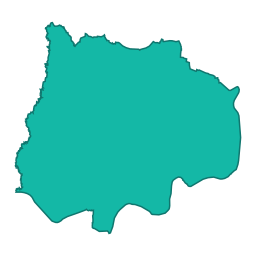 Prasat, Surin, Thailand (Equal Earth projection)
{"feature_id": "78962969B37601114893019", "entity_name": "Prasat", "entity_type": "district", "adm_level": 2, "iso_a3": "THA", "parent_name": "Thailand", "parent_adm1": "Surin", "projection": "equal_earth", "projection_center": [103.326, 14.629], "detail": "fine", "context": "isolated", "style": "filled", "palette": "teal", "viewbox_px": 256, "rotation_deg": 0, "n_neighbors": 0, "source": "geoboundaries", "source_scale": "gbopen_adm2", "svg_char_len": 5530}
<svg xmlns="http://www.w3.org/2000/svg" viewBox="0 0 256 256"><path d="M16.1,192.1L21.1,192.1L24.2,192.6L27.4,193.6L30.2,195.2L32.2,197.4L34.6,201.9L51.0,220.0L52.1,221.1L55.5,222.4L57.3,222.5L58.9,222.0L61.2,220.6L62.6,219.1L67.5,216.5L78.6,212.6L85.5,210.0L86.4,209.3L87.3,210.2L88.5,210.7L89.8,210.2L90.9,210.7L91.5,210.2L91.9,210.6L92.3,210.3L93.0,210.8L93.4,210.5L93.3,214.4L92.7,215.7L93.0,219.6L92.9,222.7L92.3,222.9L92.5,224.1L92.3,225.0L92.4,227.5L93.3,228.3L94.5,228.5L99.3,231.4L107.4,231.0L108.5,232.1L109.0,233.4L110.4,232.9L112.7,226.7L114.4,218.1L117.7,212.2L119.9,209.7L125.5,204.8L127.0,204.1L128.6,203.6L130.1,203.6L132.1,204.3L135.1,204.5L141.3,206.6L149.2,211.2L150.1,212.0L151.5,214.0L152.3,214.4L158.9,214.8L165.2,213.1L167.8,210.6L169.1,209.0L169.4,207.9L169.7,205.8L169.6,199.0L171.0,193.7L171.5,185.8L172.2,181.9L173.3,180.1L176.3,178.0L178.5,177.0L180.8,177.4L182.7,179.1L182.8,180.1L183.3,180.2L185.4,183.1L187.1,184.1L187.0,184.3L187.6,184.8L188.0,185.7L188.8,186.2L189.7,186.4L190.8,186.4L203.1,179.2L208.0,177.7L213.7,177.1L220.2,179.0L221.9,179.0L224.7,178.4L228.2,176.6L230.5,174.0L231.0,174.0L231.1,173.6L234.3,170.7L236.2,169.5L237.9,164.4L238.6,160.3L240.6,137.6L238.9,115.8L237.8,112.7L234.2,108.0L233.6,105.7L233.5,103.0L234.3,100.3L238.5,93.0L239.0,91.7L239.2,89.5L238.4,87.4L237.6,86.7L236.5,87.0L230.5,90.4L229.0,90.3L220.4,82.6L219.1,82.9L218.7,79.9L218.0,79.6L217.7,77.8L215.1,78.1L214.9,76.5L212.9,75.3L209.3,74.4L208.1,73.5L205.7,73.0L199.1,70.0L198.3,70.4L196.8,69.6L196.5,70.9L196.1,71.3L190.1,68.9L189.4,65.1L189.3,62.6L186.3,61.6L186.6,58.9L184.1,58.3L183.2,57.5L180.5,57.3L180.6,53.6L181.0,50.3L181.4,50.2L181.4,49.0L181.2,49.0L181.1,46.4L180.8,46.1L180.5,44.5L178.8,41.0L176.0,41.7L172.2,40.8L169.8,40.7L163.6,41.6L163.2,41.5L162.8,39.6L161.6,39.2L160.8,41.1L160.1,41.6L160.1,42.6L159.6,42.8L159.5,43.3L157.4,42.6L155.2,42.7L153.3,41.6L149.4,46.1L145.9,48.0L140.7,49.4L139.7,50.1L138.8,49.3L130.1,48.9L126.1,47.7L122.6,45.9L119.4,43.0L118.0,42.4L117.1,42.6L115.7,42.2L115.3,43.9L114.4,43.6L113.5,44.0L112.4,43.0L112.1,43.7L109.4,42.3L108.8,41.3L108.9,40.8L107.4,40.4L106.9,40.6L106.4,39.3L105.5,38.7L105.4,37.8L104.7,37.0L104.7,35.6L104.4,34.9L103.5,35.8L101.2,36.8L97.4,36.3L97.1,37.1L93.8,37.0L93.0,37.7L90.7,36.6L88.6,36.3L86.6,34.1L85.4,33.6L85.1,36.4L80.8,38.1L80.2,39.5L80.2,41.0L79.7,41.3L79.9,42.0L78.4,42.4L77.3,43.7L76.0,44.7L75.9,45.1L75.1,45.3L75.1,45.6L74.7,45.2L74.3,46.0L73.7,45.3L74.0,43.4L73.2,43.0L73.1,42.3L72.4,41.4L71.7,41.3L71.4,40.9L71.5,40.5L71.1,39.9L71.1,37.5L70.9,37.5L70.7,36.7L70.0,36.2L69.8,35.7L69.2,35.5L68.2,34.4L67.9,32.6L66.6,32.6L66.7,32.3L66.0,31.8L66.0,31.0L64.7,29.5L64.3,28.2L63.8,28.2L63.9,27.1L63.5,26.9L63.1,27.2L63.0,26.9L61.8,26.6L61.0,25.6L60.4,25.8L59.7,25.1L57.4,26.1L54.7,26.2L53.7,25.1L52.4,22.6L51.2,22.8L50.5,23.7L50.0,26.4L49.1,26.6L48.9,26.2L49.1,25.4L48.1,25.5L46.4,27.8L45.7,27.8L45.5,28.7L46.6,29.4L46.7,31.2L48.0,33.5L47.8,33.8L47.4,33.6L46.9,34.7L47.2,35.2L46.2,36.3L46.2,37.3L47.1,38.9L47.6,38.7L47.3,37.5L48.0,38.3L48.5,39.1L48.1,40.5L49.8,40.4L50.3,41.2L49.8,42.0L50.0,43.7L49.4,44.2L49.4,47.3L48.9,46.5L47.2,46.6L47.4,47.1L49.1,48.5L49.9,50.3L49.3,51.1L48.9,50.3L48.5,50.7L48.9,51.4L48.9,52.2L49.4,52.9L48.1,57.4L48.1,60.2L47.1,61.6L47.9,64.1L47.8,65.4L47.1,65.5L46.4,64.9L46.4,63.8L46.2,63.6L45.0,64.0L45.8,65.3L45.3,66.5L45.9,67.6L46.7,67.6L46.9,68.5L46.1,70.8L45.7,71.2L46.3,72.7L47.2,72.2L47.4,72.6L46.9,73.5L47.1,74.4L46.7,77.3L45.6,77.8L45.2,79.8L45.2,81.4L43.4,82.0L43.2,82.6L42.5,87.1L43.1,87.7L42.6,87.7L42.4,88.5L42.1,88.6L42.1,89.2L42.7,89.1L43.0,89.9L40.3,89.4L41.2,91.4L40.9,91.8L40.7,91.8L40.5,92.7L41.0,92.3L41.3,92.6L41.0,94.4L40.4,95.0L41.0,95.2L40.7,96.0L41.3,96.7L41.2,97.1L42.0,97.6L41.1,97.8L40.4,98.9L40.1,98.2L39.8,98.8L38.3,98.9L38.3,99.2L39.1,100.0L38.7,100.3L39.1,101.0L38.6,101.2L39.0,101.8L38.1,102.9L37.6,102.1L37.2,102.3L36.7,101.9L36.5,104.1L35.9,104.8L36.2,105.5L35.2,105.8L34.9,105.5L34.2,106.3L33.6,109.5L33.9,110.2L32.8,111.7L33.0,112.8L32.5,112.3L31.3,112.6L31.0,112.2L30.2,113.8L28.3,114.1L27.6,116.2L28.0,117.9L27.3,118.6L26.8,118.3L26.5,118.4L26.5,119.2L25.8,119.3L26.2,119.9L25.8,121.1L26.2,121.5L25.6,121.5L26.0,122.3L25.9,122.8L26.6,123.8L26.3,125.6L26.9,126.1L27.5,127.1L28.5,127.6L28.8,128.9L28.4,129.9L29.6,130.8L29.7,131.3L29.2,131.1L29.0,131.4L29.9,132.3L30.0,133.2L29.7,134.3L30.7,136.0L30.2,137.1L29.4,137.3L29.5,137.8L29.0,138.1L29.2,138.6L28.6,139.1L28.8,139.8L28.3,141.0L27.4,141.7L27.4,142.9L26.5,142.6L26.5,141.8L25.5,141.8L25.1,142.4L25.4,143.1L24.2,142.4L24.4,143.6L23.9,143.5L23.8,144.1L23.3,143.7L22.4,144.1L22.0,143.9L21.5,144.9L21.9,147.0L21.2,147.7L22.2,148.4L21.0,148.9L21.1,148.6L20.6,148.1L20.4,148.6L20.1,148.4L19.8,149.6L20.0,150.0L19.5,150.9L19.3,150.5L18.7,150.7L18.0,152.2L18.1,153.1L17.1,152.9L16.9,153.4L17.5,155.1L17.3,155.8L17.5,156.1L17.1,156.7L17.0,157.5L16.8,157.5L16.7,158.0L16.3,158.0L16.0,160.4L16.4,162.2L15.6,162.9L15.9,163.2L16.0,164.3L15.4,165.8L15.9,167.0L16.4,167.0L16.6,165.9L17.5,166.1L18.1,167.6L17.5,168.0L18.2,168.0L18.2,169.1L18.7,169.3L18.5,170.1L18.6,171.1L19.4,171.1L19.0,172.0L19.7,172.9L20.1,172.9L20.7,173.9L21.9,174.0L21.9,175.4L21.3,175.7L21.3,176.5L21.0,176.9L21.2,178.6L20.7,178.8L20.6,179.9L21.0,179.9L21.1,183.3L21.6,183.4L21.9,183.8L21.8,184.6L21.4,184.7L21.4,185.4L21.9,187.0L22.5,187.2L21.7,188.1L21.5,188.9L21.0,189.2L21.0,188.6L20.2,188.9L19.4,187.9L19.2,189.0L18.8,188.3L17.2,188.6L17.4,189.0L16.8,189.1L17.1,189.5L15.9,190.2L16.3,191.7L16.1,192.1Z" fill="#14b8a6" stroke="#0f766e" stroke-width="1.5"/></svg>